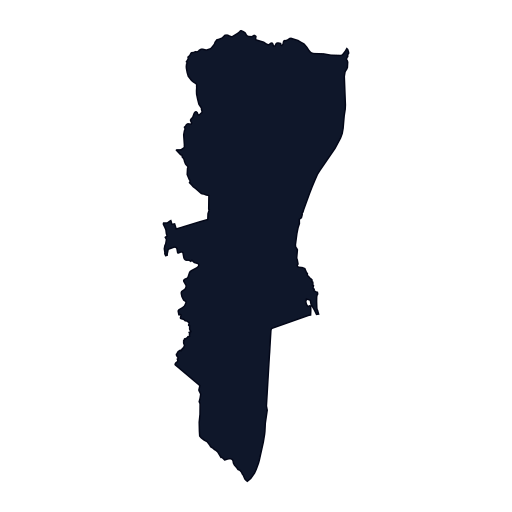 the district of Ratchasan, Chachoengsao, Thailand
{"feature_id": "78962969B64139480936177", "entity_name": "Ratchasan", "entity_type": "district", "adm_level": 2, "iso_a3": "THA", "parent_name": "Thailand", "parent_adm1": "Chachoengsao", "projection": "robinson", "projection_center": [101.266, 13.772], "detail": "fine", "context": "isolated", "style": "filled", "palette": "ink", "viewbox_px": 512, "rotation_deg": 0, "n_neighbors": 0, "source": "geoboundaries", "source_scale": "gbopen_adm2", "svg_char_len": 5995}
<svg xmlns="http://www.w3.org/2000/svg" viewBox="0 0 512 512"><path d="M188.0,57.1L188.2,58.4L188.1,59.1L186.4,61.8L187.5,63.0L187.3,63.3L186.6,63.9L186.3,66.5L186.4,68.2L187.2,72.5L188.3,76.3L191.5,80.4L193.3,81.9L196.1,83.7L196.5,84.3L196.7,85.4L196.6,86.4L196.7,87.7L196.5,90.8L196.6,94.1L197.6,99.0L198.7,103.4L199.0,104.4L201.5,108.1L201.5,109.5L202.1,111.5L201.8,112.8L200.8,113.4L199.8,114.6L199.2,114.9L198.4,114.9L197.9,114.6L197.3,112.8L196.4,111.9L195.7,111.8L195.0,112.2L194.2,113.3L192.7,117.4L191.2,118.9L190.6,119.9L190.6,120.8L191.5,122.5L191.6,123.2L191.3,123.8L190.7,124.2L188.1,123.8L187.4,124.0L186.4,124.7L185.6,126.2L184.5,127.1L184.5,127.6L185.0,128.4L185.2,129.0L184.4,130.9L183.7,134.8L184.4,145.1L184.3,146.0L184.5,147.1L183.6,148.1L182.2,148.9L181.4,149.7L179.6,149.9L176.9,149.9L176.5,150.0L176.4,150.2L180.6,154.7L182.2,155.3L182.2,156.9L183.3,158.1L184.1,159.5L184.5,161.3L185.5,163.9L186.2,164.8L188.2,166.9L188.2,167.1L187.7,167.8L187.5,168.6L187.2,174.5L189.2,179.3L190.3,181.0L189.5,182.7L191.5,184.7L193.2,186.7L195.5,188.4L201.3,193.5L202.2,193.8L204.1,194.1L206.2,195.0L208.2,195.3L208.9,195.6L208.7,209.1L208.8,209.4L209.3,209.6L208.0,213.7L207.8,219.5L199.7,221.8L176.2,229.0L174.6,223.9L172.2,224.3L171.8,224.2L171.2,221.8L170.8,220.6L169.7,221.2L167.6,222.8L166.7,223.0L163.6,223.0L163.4,223.6L163.4,224.3L165.0,227.6L165.9,229.8L166.4,233.8L167.2,236.0L165.3,237.3L166.3,239.1L166.4,239.8L165.7,243.9L164.9,245.6L164.3,248.8L164.9,252.5L164.8,253.8L165.7,255.7L167.2,255.2L167.2,253.9L168.0,250.3L168.0,249.7L168.2,249.4L169.0,249.0L174.2,247.1L175.4,247.2L176.3,247.6L176.9,248.5L177.6,252.4L177.8,252.9L178.4,253.0L181.0,251.9L181.8,252.0L182.9,252.5L183.9,257.8L184.4,258.9L185.3,259.8L186.2,260.2L188.9,260.2L189.6,260.6L190.2,260.8L190.8,261.3L191.9,260.3L194.3,262.5L198.1,263.6L198.5,264.1L198.8,265.3L198.6,265.9L198.2,266.6L196.8,267.8L191.5,270.6L190.2,271.5L189.5,272.7L188.2,276.7L187.5,278.1L184.7,279.3L183.7,280.3L183.8,281.4L186.0,285.2L186.2,286.0L186.1,286.7L185.7,288.0L185.2,288.9L184.3,289.7L181.7,291.5L181.3,292.4L181.3,293.6L181.9,296.5L183.0,298.8L183.7,300.1L185.8,301.5L186.1,302.3L185.4,304.2L184.4,306.2L182.5,307.7L178.9,309.8L178.3,310.6L178.2,311.2L178.9,314.8L179.1,314.9L180.2,314.5L181.0,315.0L180.9,316.1L180.4,317.7L180.6,318.4L181.3,318.7L183.8,319.4L185.1,320.7L187.1,321.1L187.8,321.5L188.3,322.2L189.2,322.4L189.3,323.0L188.7,324.6L188.6,325.1L188.8,325.5L189.7,325.9L189.6,329.0L189.9,329.9L190.6,330.8L190.9,331.7L190.5,332.1L189.3,332.2L189.1,332.4L189.1,332.7L189.8,333.6L189.4,334.9L189.6,336.3L188.7,336.7L187.9,336.7L187.6,337.5L186.2,338.3L185.7,338.8L184.7,338.8L184.5,339.0L184.4,339.8L183.7,340.4L184.0,341.2L183.9,341.6L183.6,341.8L183.7,343.3L184.6,345.5L184.1,346.3L183.6,347.9L182.6,348.3L182.2,348.9L182.1,349.6L181.5,349.8L181.1,350.7L180.7,350.7L180.3,350.3L179.9,350.4L178.3,351.5L177.5,352.5L177.4,353.3L176.4,354.3L176.6,355.6L178.2,357.8L178.3,358.2L178.0,358.6L177.3,359.1L177.8,360.4L177.6,361.5L175.9,362.8L175.3,363.7L175.1,364.5L175.3,364.9L199.9,385.6L198.9,389.9L199.0,390.6L200.2,392.9L200.7,394.3L200.1,398.2L199.2,401.7L200.1,403.7L200.0,414.4L199.2,422.2L199.4,431.2L199.7,436.0L201.2,437.8L204.0,440.0L207.2,441.7L210.1,445.6L210.6,446.7L213.0,448.2L214.5,449.6L215.6,450.1L217.7,451.9L221.0,457.4L221.5,457.2L222.9,458.2L224.7,460.0L227.3,459.1L229.1,458.7L231.2,458.8L232.3,459.6L233.0,460.6L233.4,463.0L234.4,465.0L236.7,467.6L238.0,469.5L239.9,470.3L241.3,471.9L241.8,472.7L242.2,473.8L243.2,475.1L244.9,479.0L245.8,480.0L247.3,481.3L250.7,478.5L254.5,473.1L256.2,469.4L258.4,463.4L259.2,460.6L263.3,442.2L264.6,434.2L264.9,431.4L265.3,423.2L267.2,410.2L266.4,406.0L269.4,355.2L269.6,352.7L270.2,342.1L270.9,330.6L271.2,329.3L271.6,328.6L272.3,328.2L308.8,315.3L310.6,315.0L310.8,310.9L310.7,306.2L310.3,305.9L309.7,305.8L308.0,306.5L307.6,306.3L307.2,305.6L306.4,304.2L305.9,302.3L305.6,301.8L306.0,300.9L306.4,299.1L309.3,299.8L310.2,300.3L310.4,300.8L311.0,304.1L314.4,310.0L316.5,314.4L318.6,314.1L317.6,310.5L317.0,309.4L316.8,307.6L316.6,301.2L316.7,296.8L317.0,295.3L317.7,294.0L317.4,292.3L316.7,292.3L314.0,290.7L314.2,289.2L312.9,288.3L313.5,285.7L312.4,285.1L312.9,284.5L312.8,282.2L312.6,281.9L311.7,281.8L311.5,281.6L312.1,280.1L310.8,278.7L310.1,278.4L309.3,277.3L307.3,275.3L307.4,273.6L306.4,272.4L304.8,268.6L302.3,267.6L298.5,267.2L297.7,266.6L297.3,265.7L297.2,265.0L297.9,264.3L298.0,263.9L297.3,260.0L296.8,258.6L296.7,257.7L297.4,249.9L296.7,248.4L295.7,247.2L295.4,244.9L296.9,233.5L298.1,227.5L299.4,223.6L299.3,219.3L301.4,217.7L302.2,214.7L302.2,214.4L301.8,214.2L301.8,213.9L303.0,211.9L303.7,209.5L309.5,193.5L312.1,186.8L315.0,179.9L317.5,174.2L319.9,170.4L335.0,148.4L340.5,138.1L342.2,133.5L343.1,128.3L344.2,115.6L345.2,109.2L345.4,105.0L344.3,76.4L345.0,72.0L345.7,70.6L346.5,69.5L347.4,67.5L347.7,62.1L347.2,60.6L346.5,59.7L346.5,59.0L346.9,57.5L347.7,56.7L347.7,54.6L348.6,53.4L348.6,52.3L347.7,49.5L346.8,48.6L345.4,51.1L342.6,54.7L341.9,55.2L340.8,55.5L330.9,55.2L323.6,53.9L313.9,53.6L312.8,53.4L311.4,52.9L310.5,52.3L308.7,50.2L306.9,47.4L304.2,44.2L303.7,43.8L300.9,42.3L298.0,40.5L291.0,38.3L289.7,38.5L287.6,40.0L285.9,40.6L284.5,40.6L283.9,41.0L283.5,41.8L283.1,44.1L282.5,45.0L282.0,45.4L281.3,45.5L280.9,45.2L280.6,43.5L278.4,43.0L277.4,43.0L276.8,43.2L276.2,43.6L275.0,46.0L274.0,46.2L273.4,45.7L272.6,43.6L272.0,43.1L271.1,43.1L268.9,44.7L268.2,44.8L266.3,44.0L263.7,42.2L256.1,39.9L255.7,39.4L255.6,38.9L255.9,36.4L254.7,35.5L254.1,35.4L251.8,36.7L248.7,36.5L247.5,36.2L246.3,35.0L245.3,33.1L244.8,32.6L243.2,31.6L241.1,30.7L240.4,30.9L239.6,31.9L237.5,33.5L232.1,36.8L231.3,36.7L229.1,35.9L227.8,35.2L226.2,35.1L224.9,35.3L222.2,38.0L219.0,39.3L216.9,39.8L215.1,42.2L214.5,44.0L213.8,45.0L211.4,48.0L210.4,48.8L206.3,50.1L202.7,49.2L201.2,49.2L199.3,50.2L198.6,51.1L197.6,51.7L196.9,51.9L195.4,51.7L193.7,52.5L191.6,52.7L191.0,53.2L190.2,54.8L189.6,55.7L188.0,57.1Z" fill="#0f172a" stroke="#020617" stroke-width="1.5"/></svg>